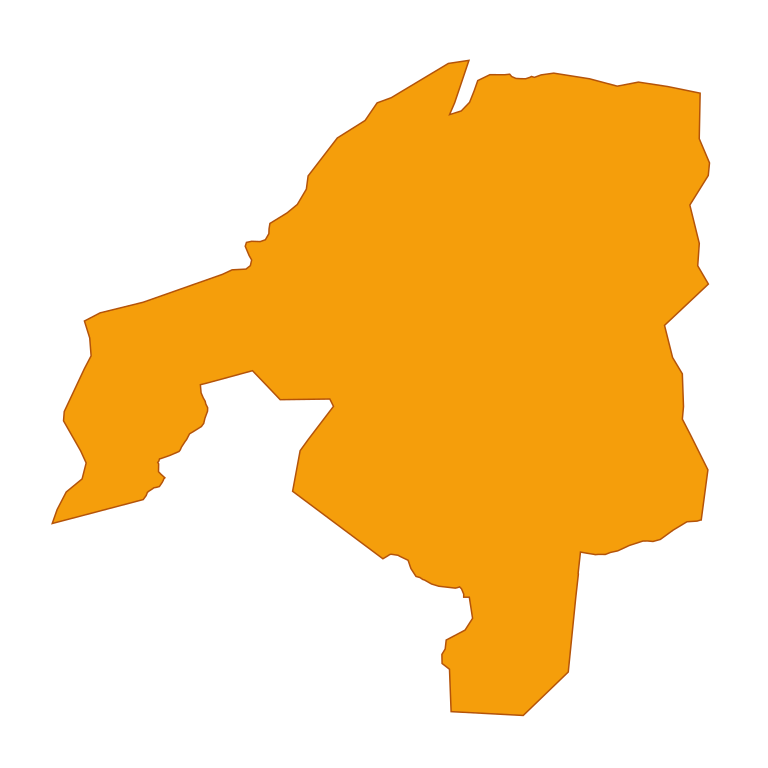 Djenne, Mopti, Mali, rotated 182°
{"feature_id": "8926073B86660589431001", "entity_name": "Djenne", "entity_type": "district", "adm_level": 2, "iso_a3": "MLI", "parent_name": "Mali", "parent_adm1": "Mopti", "projection": "albers", "projection_center": [-4.481, 14.012], "detail": "fine", "context": "isolated", "style": "filled", "palette": "amber", "viewbox_px": 768, "rotation_deg": 182, "n_neighbors": 0, "source": "geoboundaries", "source_scale": "gbopen_adm2", "svg_char_len": 2416}
<svg xmlns="http://www.w3.org/2000/svg" viewBox="0 0 768 768"><g transform="rotate(182 384 384)"><path d="M710.7,233.0L620.6,260.1L617.8,264.2L616.7,267.4L615.1,268.8L611.5,271.3L610.5,272.2L607.7,272.8L604.9,273.7L602.3,277.8L601.2,280.1L600.9,281.3L599.7,282.6L603.0,285.4L604.4,286.6L606.3,288.5L606.4,294.7L606.4,296.3L607.4,297.7L606.4,299.0L605.7,301.4L604.9,301.5L598.4,304.0L595.4,305.2L586.5,309.4L585.3,311.1L584.2,313.9L580.7,319.7L579.3,321.7L576.6,327.4L569.6,332.0L564.9,335.2L564.3,336.2L562.8,338.3L561.8,343.4L559.4,350.7L559.4,354.1L561.4,357.8L562.1,360.5L564.2,363.9L566.5,368.8L567.5,376.9L562.1,378.4L515.9,392.7L502.0,379.2L487.2,364.7L437.6,367.1L433.7,359.9L457.7,326.0L465.5,314.4L471.6,273.6L379.0,209.3L374.8,212.0L372.2,213.8L371.0,214.1L370.0,214.0L369.9,214.0L363.9,213.3L363.4,213.0L362.3,212.4L353.8,208.7L352.4,205.1L351.8,203.4L350.6,200.4L345.3,192.8L341.2,191.8L339.6,190.7L338.2,189.9L336.8,189.6L335.5,188.9L329.6,185.8L322.2,183.8L305.6,182.5L304.0,182.9L302.2,183.5L301.4,183.9L299.4,182.0L297.0,176.8L296.9,173.7L291.3,173.9L287.3,152.9L294.4,140.9L312.9,130.3L313.6,121.3L316.7,115.8L316.2,106.7L308.6,101.2L305.5,58.9L233.3,57.6L189.8,102.6L184.9,177.3L183.1,201.0L183.4,201.4L181.8,222.9L175.6,222.0L168.3,221.1L166.9,220.8L163.8,221.2L156.8,221.4L151.7,223.6L144.6,225.4L133.2,231.2L119.7,236.1L114.8,236.3L109.7,236.0L102.4,238.3L89.9,248.1L76.4,256.9L66.3,257.9L62.6,259.2L62.3,259.1L62.2,259.3L57.3,309.5L75.8,343.6L84.6,359.3L83.9,371.9L86.2,404.6L96.5,420.5L105.7,452.4L63.3,495.2L74.6,513.1L73.8,535.5L84.6,573.5L67.2,603.7L66.4,616.3L77.5,640.1L78.2,685.7L94.8,688.5L111.0,691.2L140.3,694.6L161.3,689.8L189.2,696.2L225.2,700.6L237.8,698.4L244.4,695.7L247.4,696.5L248.8,695.6L253.1,694.0L257.9,693.9L262.8,694.0L267.1,695.7L269.2,698.0L274.0,697.3L289.0,696.8L300.9,690.5L304.1,680.2L308.3,668.5L316.3,659.6L327.9,655.5L323.2,667.5L310.4,710.4L330.9,706.6L378.1,676.0L386.7,670.4L400.7,664.7L412.1,646.7L439.2,628.3L467.1,589.3L468.4,576.0L476.9,560.4L487.0,551.5L503.6,540.5L504.3,535.0L504.3,530.2L507.6,524.0L512.7,522.0L521.3,522.0L526.4,520.7L527.5,516.8L523.3,507.7L520.6,503.3L521.7,497.6L526.0,494.0L539.8,492.8L549.2,488.0L627.6,457.3L670.2,445.2L685.6,436.5L679.7,419.7L677.7,401.9L683.9,389.0L702.6,345.3L703.0,336.0L684.8,306.5L678.9,294.7L682.4,278.6L697.8,265.0L706.3,247.1L710.7,233.0Z" fill="#f59e0b" stroke="#b45309" stroke-width="1.5"/></g></svg>